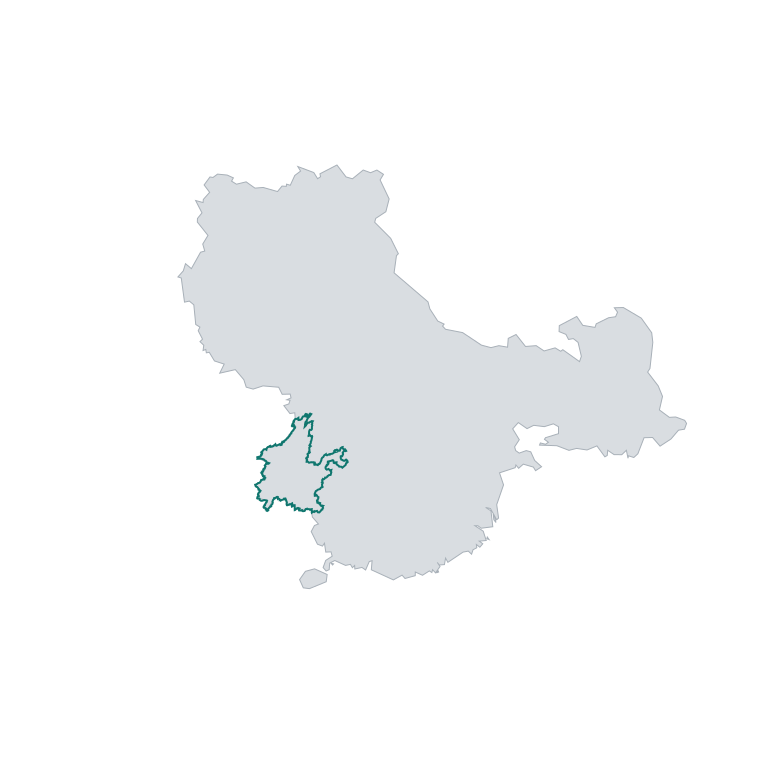 location of Yunnan within China, rotated 38°
{"feature_id": "CHN-1810", "entity_name": "Yunnan", "entity_type": "Province", "adm_level": 1, "iso_a3": "CHN", "parent_name": "China", "parent_adm1": "", "projection": "equal_earth", "projection_center": [102.236, 25.179], "detail": "fine", "context": "in_parent", "style": "outline", "palette": "teal", "viewbox_px": 768, "rotation_deg": 38, "n_neighbors": 0, "source": "natural_earth", "source_scale": "10m", "svg_char_len": 9820}
<svg xmlns="http://www.w3.org/2000/svg" viewBox="0 0 768 768"><g transform="rotate(38 384 384)"><path d="M430.2,551.2L417.5,545.1L416.3,538.3L418.5,534.7L409.4,532.9L403.9,527.4L391.1,537.8L388.0,534.7L381.8,539.0L376.9,535.1L373.6,539.9L369.5,538.5L367.7,541.5L369.7,555.8L365.0,555.3L363.4,548.0L354.4,551.6L352.2,544.5L345.0,542.8L348.3,532.4L342.1,529.4L340.4,520.2L341.9,517.4L329.7,520.1L331.1,516.0L329.5,510.9L332.3,502.9L340.4,495.1L340.6,473.3L337.3,473.6L335.5,466.1L331.4,461.6L328.1,465.2L318.4,462.7L321.3,458.3L320.0,454.7L317.1,456.3L319.3,452.2L316.3,449.7L310.1,454.8L303.0,451.4L289.8,460.0L284.0,468.6L277.4,471.3L270.9,466.9L258.0,464.2L247.9,476.6L245.8,466.7L236.2,470.2L226.8,466.6L224.8,468.8L222.3,466.5L220.8,469.0L218.1,464.4L212.9,463.9L213.4,460.4L204.8,456.4L203.9,452.5L199.0,453.0L185.4,438.7L179.6,438.5L176.4,442.3L159.0,425.3L155.7,426.5L156.2,418.4L153.5,411.4L161.2,411.7L158.3,393.1L160.9,389.6L155.0,385.3L153.8,375.3L137.2,371.3L135.1,368.4L135.2,361.2L122.6,355.4L129.7,352.4L128.0,349.8L128.6,340.3L119.7,337.9L119.4,328.0L122.1,326.5L123.6,321.1L131.8,315.9L138.4,314.3L139.0,318.0L144.7,317.4L150.9,309.6L161.7,309.1L167.8,303.5L181.6,297.9L181.8,290.8L185.3,288.4L184.2,286.5L187.8,285.1L185.3,274.6L187.2,267.6L182.2,265.7L198.5,260.6L205.3,263.1L206.4,259.7L204.1,257.8L212.1,240.4L226.6,244.2L232.8,241.7L235.9,228.2L243.3,225.8L246.7,219.8L254.5,219.1L255.3,225.6L274.1,235.0L279.4,247.1L275.5,258.6L277.1,262.3L299.6,265.1L315.1,272.5L314.8,275.2L323.5,290.2L368.1,292.2L373.9,296.6L387.6,301.3L394.5,299.8L394.5,302.3L398.8,303.0L414.3,295.1L436.8,293.4L445.9,289.5L450.9,283.1L458.7,278.9L453.8,271.5L457.6,263.7L472.4,267.3L480.3,260.1L489.8,259.4L496.6,250.2L503.1,249.4L503.8,246.9L524.3,246.0L522.5,240.7L511.3,231.7L505.2,231.7L502.0,235.3L496.8,232.9L489.7,234.9L486.2,230.1L494.3,212.1L504.5,215.4L515.4,209.5L514.2,205.9L520.2,193.5L525.1,188.4L523.8,183.6L518.6,182.1L525.5,176.4L546.2,173.7L563.4,178.8L570.2,185.7L584.0,208.0L584.4,212.3L601.3,216.7L611.1,222.3L617.0,234.9L629.4,234.6L634.2,230.4L643.3,227.5L646.7,228.8L648.6,234.6L644.5,239.1L644.0,250.6L639.8,263.0L628.6,260.8L622.0,266.2L627.0,282.7L626.1,288.1L620.8,290.1L622.0,292.3L615.8,287.0L614.9,293.3L608.8,298.0L601.1,298.5L603.9,302.9L602.9,305.4L589.9,301.7L584.6,311.0L575.4,316.2L570.6,322.4L558.2,326.2L544.2,336.4L543.5,334.2L548.4,332.0L549.4,328.7L544.5,328.8L544.3,326.9L552.1,315.7L547.8,310.2L542.0,311.1L536.6,318.9L527.4,324.4L524.2,331.1L513.6,331.7L513.0,340.1L524.9,344.6L525.6,353.1L528.8,355.4L533.1,355.2L537.1,348.9L541.4,347.1L549.8,351.5L559.1,352.2L556.8,359.0L552.9,357.5L543.1,361.4L542.0,367.5L537.8,366.6L538.9,369.2L529.7,382.9L540.3,389.9L547.1,409.7L556.8,419.1L556.4,421.6L544.5,416.6L540.1,418.7L546.4,418.1L557.6,429.5L549.4,437.8L545.2,437.9L542.9,439.7L552.8,438.9L560.9,444.4L555.8,449.2L560.2,449.1L560.0,453.6L555.6,453.6L557.9,455.9L556.2,459.8L557.8,464.2L553.3,463.8L549.8,467.8L544.1,485.2L539.7,483.3L542.8,489.1L539.0,492.6L535.8,491.8L540.5,493.3L540.9,501.1L536.6,500.4L537.8,503.1L534.8,503.4L532.1,511.0L524.4,512.9L526.6,515.8L520.3,524.3L515.9,523.5L512.0,532.6L488.4,538.2L483.4,530.6L481.7,533.0L484.0,541.9L479.6,542.1L474.9,547.7L472.6,545.1L472.2,548.2L468.6,546.8L465.4,550.6L453.9,553.4L451.5,558.6L455.1,564.1L453.5,567.0L449.0,566.1L446.7,558.9L449.2,551.6L445.6,548.9L441.6,552.3L435.1,546.1L435.3,549.6L430.2,551.2ZM456.5,569.1L460.2,575.4L451.2,591.2L445.9,594.3L437.9,590.1L437.4,580.0L443.1,572.4L456.5,569.1ZM557.5,424.2L554.2,423.4L551.1,420.3L553.5,420.9L557.5,424.2ZM562.6,441.9L560.3,442.6L559.6,441.0L562.6,441.9ZM542.8,498.5L541.6,500.6L541.7,497.9L542.8,498.5ZM452.7,557.8L455.0,556.8L454.9,558.3L452.7,557.8Z" fill="#d9dde1" stroke="#a8b0b8" stroke-width="1"/><path d="M371.1,539.9L370.6,539.6L370.0,538.4L369.6,538.5L369.0,539.0L368.5,541.2L368.0,541.2L367.6,541.7L368.1,542.5L368.0,543.7L368.5,545.3L369.2,545.7L369.9,547.2L369.7,548.5L370.0,549.4L370.4,549.7L370.3,550.2L369.8,550.4L369.9,551.1L369.6,553.7L370.6,554.8L370.4,555.2L370.0,555.3L370.0,556.0L369.5,556.1L369.0,555.4L368.3,555.6L368.3,554.9L367.6,554.7L366.3,554.9L365.5,555.5L365.0,555.3L364.6,554.6L364.6,553.7L364.9,553.0L364.3,552.6L364.4,551.3L364.1,550.4L364.3,549.5L363.9,548.8L363.8,548.0L363.4,547.9L361.0,549.3L359.8,551.1L359.0,551.7L357.4,551.9L356.8,551.1L356.3,550.9L354.8,552.2L354.5,552.2L353.9,551.2L353.8,550.7L353.9,549.8L354.3,549.3L353.7,548.9L352.9,548.9L352.5,548.5L352.2,547.1L352.6,545.3L352.3,544.6L352.4,544.2L351.5,544.1L351.2,544.6L350.3,543.9L349.9,544.3L349.4,543.7L348.5,543.4L347.5,543.2L346.8,543.6L345.7,543.5L344.7,542.8L345.0,542.6L344.8,542.4L345.7,540.4L345.7,539.7L346.8,538.4L346.8,536.9L346.3,535.2L346.8,534.8L347.4,533.7L347.4,532.8L348.4,533.1L348.6,532.8L348.1,531.7L348.2,531.1L347.3,531.0L346.6,530.2L345.5,531.1L345.3,530.6L343.9,530.5L343.7,529.8L342.1,529.6L342.6,528.0L342.4,527.7L342.0,527.7L342.4,527.1L342.4,526.6L342.1,525.8L341.5,525.7L341.3,525.0L342.1,524.0L341.5,522.9L341.5,522.1L340.2,521.6L340.4,519.8L340.2,519.5L342.1,517.9L342.2,517.1L339.5,518.0L338.7,517.4L338.1,517.3L337.1,517.7L335.7,517.4L334.9,517.7L332.8,518.7L330.3,520.9L330.1,520.5L329.2,519.7L331.2,517.1L331.1,516.3L331.3,515.9L331.2,515.4L330.5,515.1L330.5,514.7L331.0,514.5L330.6,513.4L329.3,513.3L329.6,511.3L329.5,509.7L329.6,509.4L330.8,508.3L331.8,508.2L331.2,507.0L331.2,505.3L331.7,504.7L332.2,503.1L332.4,502.8L333.2,503.5L334.5,502.1L334.8,501.3L335.2,501.0L335.1,499.7L335.4,499.3L335.5,498.3L336.8,499.0L337.1,499.0L337.4,498.7L338.9,495.5L339.2,495.4L340.0,495.9L340.8,495.0L340.2,493.7L339.7,493.5L339.4,492.0L340.1,491.5L340.4,492.1L340.9,491.1L340.7,490.3L340.4,490.1L341.1,488.4L341.1,486.4L341.5,485.4L341.3,484.2L341.5,483.2L341.1,482.3L341.3,481.9L341.1,480.6L341.4,480.0L340.9,479.4L340.8,478.4L341.1,476.3L340.8,475.7L340.9,473.3L340.6,472.8L339.9,473.1L339.4,472.3L339.1,472.4L338.4,471.9L338.1,473.5L337.6,473.9L337.2,473.8L336.4,471.4L336.4,470.1L335.8,469.4L336.2,469.0L335.5,468.2L335.7,466.6L335.6,466.1L336.9,465.1L337.4,463.4L338.8,465.0L340.0,463.9L340.7,462.3L340.2,460.5L340.2,459.4L341.1,458.5L340.7,456.0L340.8,455.7L342.0,455.3L342.7,457.6L343.6,457.3L343.2,456.1L343.5,455.5L344.2,454.7L343.9,453.3L344.0,452.8L345.2,452.5L345.3,455.7L345.0,457.4L345.3,459.5L345.7,460.4L345.6,462.4L346.2,463.6L346.6,464.0L346.6,464.4L347.6,465.6L347.7,466.1L347.8,466.3L348.0,464.7L347.7,463.7L347.8,462.1L347.6,461.4L348.8,460.6L349.2,459.1L349.7,458.6L349.9,457.7L350.8,457.2L351.0,458.5L351.9,459.4L352.0,460.3L353.0,460.8L353.5,462.1L354.9,463.8L355.0,464.9L353.7,465.8L354.1,467.3L355.4,469.2L356.2,469.6L356.2,470.9L356.5,471.3L357.5,469.9L358.6,470.2L359.3,469.3L359.7,469.5L361.7,473.5L361.7,474.4L362.2,474.9L362.7,475.8L363.0,478.2L364.5,478.1L364.2,479.8L364.3,480.2L366.2,482.3L366.6,483.9L366.9,484.0L367.3,483.3L367.6,483.4L367.6,484.3L366.8,486.1L367.1,486.6L368.0,487.0L369.0,488.6L368.3,489.5L368.4,490.5L368.7,490.7L369.2,490.4L370.1,491.1L370.3,492.1L370.9,492.9L371.6,492.1L373.4,492.2L374.8,490.4L375.6,490.1L376.2,489.3L377.8,488.5L378.3,488.9L378.2,490.0L378.9,490.5L380.7,488.7L381.4,488.9L381.8,488.7L381.8,487.1L382.3,486.9L382.4,486.2L381.6,482.7L380.9,481.5L380.7,480.1L381.1,478.9L380.8,476.9L381.4,475.2L381.8,475.7L383.0,475.3L383.9,473.4L384.7,473.1L384.5,472.5L386.1,470.9L386.6,469.8L386.8,468.6L387.2,468.1L386.7,468.3L386.5,467.4L386.0,467.4L386.1,466.2L386.9,465.6L387.2,464.8L387.9,464.5L388.7,465.2L390.2,463.8L389.3,461.2L389.9,459.5L390.0,459.4L390.1,459.9L391.0,460.2L391.7,459.9L392.1,460.2L393.5,459.8L393.6,459.6L394.0,459.9L394.9,459.7L395.4,460.0L394.9,460.7L393.7,461.0L393.6,461.3L393.8,463.7L394.8,464.3L395.2,464.9L395.1,465.5L395.5,466.5L395.4,466.9L394.5,467.3L394.4,467.6L394.9,468.4L396.0,469.4L397.0,469.9L398.0,469.4L398.6,469.5L399.7,469.2L400.4,468.6L400.4,467.3L400.9,466.8L402.4,467.1L402.7,467.9L403.4,467.9L403.3,468.9L402.9,469.7L403.6,471.4L402.7,475.6L401.5,475.4L399.5,476.7L398.9,476.4L396.2,476.5L395.6,476.2L394.8,474.9L393.7,476.0L393.7,476.8L393.0,477.1L391.2,475.5L390.8,475.5L390.4,475.7L389.6,477.1L387.5,479.7L387.9,480.3L388.6,479.9L389.3,481.1L389.3,482.2L388.8,482.4L388.7,482.9L388.9,483.9L389.2,483.9L389.1,485.5L389.8,486.3L390.5,486.7L391.7,486.7L392.6,485.1L394.5,485.3L395.4,484.2L396.0,485.8L396.8,485.9L397.9,488.5L396.6,489.9L396.5,490.8L396.2,491.3L396.4,491.9L396.2,492.9L395.9,493.6L395.2,494.0L395.5,494.9L395.2,496.2L395.0,496.5L394.3,496.5L394.4,497.8L395.6,498.8L395.6,499.7L396.7,499.7L396.9,501.2L398.1,502.5L399.0,502.9L398.9,503.3L398.4,503.4L398.1,505.0L398.3,506.0L396.8,508.3L396.7,509.4L396.2,510.4L397.0,513.3L398.3,514.7L398.6,514.4L398.2,513.3L398.6,513.0L399.8,513.1L400.7,513.6L402.0,513.5L402.8,514.9L402.9,517.1L403.9,518.0L404.0,517.3L405.3,518.4L405.7,518.4L406.0,518.3L406.2,517.4L407.0,517.1L407.6,518.2L408.8,518.7L409.6,518.7L409.8,518.0L411.0,517.5L410.9,518.2L412.3,519.2L412.2,519.8L412.7,520.9L412.1,521.5L412.3,522.4L412.1,525.0L410.9,525.8L409.4,525.2L408.4,526.5L407.9,526.8L407.9,527.4L407.3,527.3L407.2,528.1L406.4,529.2L406.3,529.8L405.8,529.4L405.4,528.3L404.7,528.1L404.1,527.1L403.5,527.7L403.2,528.6L402.8,528.4L401.8,528.9L400.6,529.9L400.1,529.7L399.9,530.3L399.3,530.8L399.6,532.9L398.5,534.1L397.3,534.4L397.0,534.0L396.0,535.2L394.9,535.9L393.9,535.2L394.0,534.1L392.5,534.6L391.9,535.5L391.5,538.0L391.3,538.3L388.2,534.5L387.7,534.9L387.3,535.7L387.3,536.5L386.9,537.3L386.3,536.8L385.9,535.9L385.9,535.3L385.1,534.6L384.4,536.2L383.4,537.0L383.4,537.9L382.4,538.5L382.4,539.1L382.1,539.3L381.1,538.6L380.4,537.1L378.0,535.6L377.5,535.8L377.3,535.2L376.8,534.9L376.4,535.2L376.1,536.0L375.8,536.1L376.0,536.7L374.8,538.4L374.4,539.5L373.9,539.3L373.4,539.7L373.2,539.3L372.3,539.0L371.3,539.3L371.1,539.9Z" fill="none" stroke="#0f766e" stroke-width="2"/></g></svg>